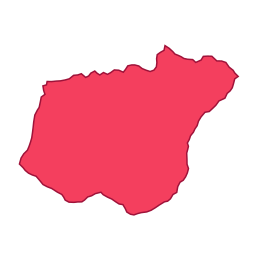 Pontalinda, São Paulo, Brazil (Albers equal-area conic projection), rotated 186°
{"feature_id": "56859067B7961843584792", "entity_name": "Pontalinda", "entity_type": "district", "adm_level": 2, "iso_a3": "BRA", "parent_name": "Brazil", "parent_adm1": "São Paulo", "projection": "albers", "projection_center": [-50.529, -20.453], "detail": "fine", "context": "isolated", "style": "filled", "palette": "rose", "viewbox_px": 256, "rotation_deg": 186, "n_neighbors": 0, "source": "geoboundaries", "source_scale": "gbopen_adm2", "svg_char_len": 1856}
<svg xmlns="http://www.w3.org/2000/svg" viewBox="0 0 256 256"><g transform="rotate(186 128 128)"><path d="M99.8,213.8L100.3,209.0L103.6,206.7L106.6,204.0L106.8,199.9L106.1,196.0L106.2,191.7L108.3,188.2L111.9,186.5L116.2,187.4L120.2,188.6L123.7,190.8L127.7,191.4L130.9,191.1L134.7,189.8L136.6,186.0L138.5,183.0L143.2,184.5L147.7,184.3L151.0,181.3L154.0,179.2L158.2,180.6L161.6,177.8L164.4,179.2L167.0,181.2L170.7,178.7L172.6,175.6L175.4,173.9L180.1,177.1L183.5,175.5L187.6,174.7L191.5,170.8L195.5,169.2L200.2,167.8L204.5,167.1L208.8,166.2L213.3,165.8L213.6,162.4L217.0,161.0L215.8,156.5L214.1,152.8L217.5,149.7L217.9,144.9L218.5,139.2L220.0,136.3L222.0,131.2L222.4,124.2L222.4,118.6L222.5,113.3L222.7,108.1L223.5,103.7L224.5,99.3L225.7,95.4L228.9,91.5L231.2,86.9L232.2,80.8L228.2,77.6L225.7,75.0L222.2,72.7L218.3,71.3L214.3,70.4L210.0,66.3L206.6,62.9L202.1,61.1L197.6,59.9L191.7,56.9L186.9,55.0L184.7,52.5L182.9,49.7L179.0,48.1L174.0,48.4L169.9,49.3L166.2,49.7L163.7,51.8L160.9,55.2L157.1,56.8L153.7,59.3L148.2,61.3L145.7,59.1L141.1,57.1L136.6,55.6L132.3,53.2L128.9,51.5L125.1,51.3L122.4,47.7L120.4,44.3L116.5,42.5L113.0,42.2L109.5,43.9L106.0,45.2L100.6,46.5L96.4,48.6L92.6,51.5L89.1,54.5L84.0,58.4L80.9,59.4L78.4,62.0L76.3,66.6L72.8,69.0L72.4,74.9L70.6,79.5L67.6,81.8L65.6,85.5L64.3,89.5L63.6,94.0L65.5,98.1L66.1,103.1L67.0,109.2L66.4,112.8L66.0,116.1L67.4,119.3L65.9,122.8L65.0,126.8L62.5,130.7L61.4,134.0L59.5,137.5L58.6,142.2L56.5,146.7L53.1,151.7L48.9,152.9L46.0,156.2L43.0,159.8L40.4,164.4L34.7,167.8L33.0,172.8L30.3,175.6L28.5,178.9L27.8,182.6L27.0,188.0L23.8,190.8L27.6,193.9L29.5,196.4L33.8,199.1L37.5,203.4L41.9,204.4L46.7,204.0L52.1,208.1L56.3,207.8L60.6,207.1L62.4,203.2L67.5,200.3L70.8,202.8L76.0,202.6L79.7,203.0L82.5,204.4L85.7,205.5L89.0,206.4L91.5,208.7L95.3,211.5L99.8,213.8Z" fill="#f43f5e" stroke="#9f1239" stroke-width="1.5"/></g></svg>